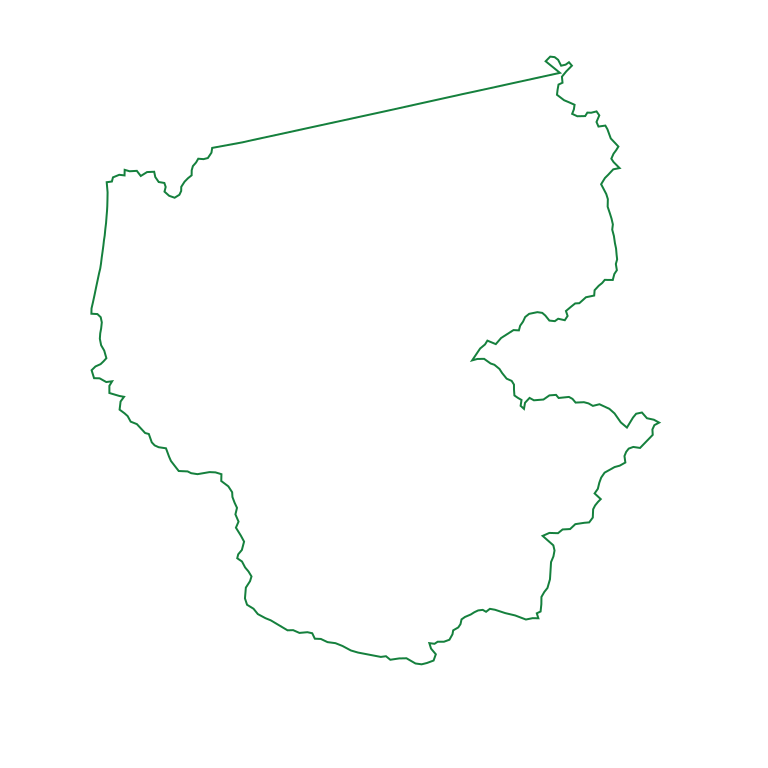 the district of Guaratuba, Paraná, Brazil, rotated 167°
{"feature_id": "56859067B52183991417177", "entity_name": "Guaratuba", "entity_type": "district", "adm_level": 2, "iso_a3": "BRA", "parent_name": "Brazil", "parent_adm1": "Paraná", "projection": "orthographic", "projection_center": [-48.788, -25.795], "detail": "fine", "context": "isolated", "style": "outline", "palette": "green", "viewbox_px": 768, "rotation_deg": 167, "n_neighbors": 0, "source": "geoboundaries", "source_scale": "gbopen_adm2", "svg_char_len": 4294}
<svg xmlns="http://www.w3.org/2000/svg" viewBox="0 0 768 768"><g transform="rotate(167 384 384)"><path d="M489.6,142.4L483.4,138.1L476.2,131.8L469.8,128.2L448.5,118.8L443.3,118.3L439.9,113.9L431.0,113.2L423.8,111.7L416.2,104.6L410.4,102.4L404.9,102.5L397.9,103.4L394.3,109.0L397.7,115.6L398.1,121.3L393.2,119.5L389.7,120.8L383.5,119.4L377.8,120.1L373.6,124.7L372.0,128.4L366.4,130.1L363.5,132.8L361.4,137.2L357.5,138.8L351.3,139.9L347.3,141.3L343.2,142.2L338.6,141.7L335.8,139.1L331.4,141.1L326.7,139.1L317.4,133.5L308.3,129.0L298.7,122.6L291.8,122.4L286.3,121.0L286.7,126.2L282.6,127.1L280.2,134.1L278.5,141.1L274.6,145.3L270.6,148.5L266.2,156.4L264.2,163.1L262.8,167.8L261.3,172.9L257.7,177.9L255.3,183.4L255.3,188.7L263.6,200.3L256.4,201.7L248.0,199.5L242.7,202.1L235.3,200.8L229.1,204.4L220.0,203.7L215.2,203.0L210.6,206.9L208.4,214.9L205.6,218.2L202.0,221.0L198.7,223.1L203.4,230.0L199.2,233.8L196.4,239.4L193.4,244.0L189.0,248.0L178.0,251.2L172.7,251.4L166.5,253.2L165.9,259.7L163.3,263.4L160.1,266.0L155.3,266.6L148.9,264.1L133.6,274.0L132.7,279.3L129.8,283.1L124.6,284.5L129.1,288.5L135.5,291.5L139.1,298.2L145.0,298.3L148.9,295.3L157.1,286.9L161.9,293.3L166.0,303.5L170.0,309.1L178.6,315.8L185.4,315.7L189.1,319.1L193.3,321.3L201.5,322.8L203.7,327.1L206.7,329.8L217.0,331.1L218.8,334.7L225.4,335.7L232.1,333.0L241.6,334.4L245.3,337.7L250.8,334.0L253.2,328.3L255.8,332.0L253.6,337.5L256.7,340.4L259.5,343.5L258.6,349.3L257.5,354.2L258.9,358.3L263.3,361.6L266.5,368.2L268.1,372.7L272.1,377.9L275.5,380.0L280.8,386.0L287.4,387.4L292.8,387.2L282.3,397.0L276.7,399.8L273.5,403.0L266.1,397.7L259.5,402.5L245.7,407.4L240.5,405.9L238.2,410.2L234.5,413.5L231.4,417.5L226.8,419.7L218.4,419.5L213.8,417.7L211.4,414.4L208.6,408.6L203.4,406.8L199.6,408.4L193.5,405.5L189.8,409.0L190.3,414.2L184.2,417.3L179.6,419.5L175.5,418.8L167.7,423.1L159.3,422.9L157.7,428.0L152.7,431.4L148.6,433.4L145.5,435.8L137.7,433.9L134.8,439.4L131.5,442.5L131.1,448.8L128.8,453.0L128.3,457.5L127.4,463.9L127.3,469.3L126.7,476.4L126.9,483.1L125.1,488.0L125.1,493.9L125.5,499.1L126.2,506.4L124.3,513.8L124.7,519.1L127.5,529.8L122.4,535.0L118.7,537.3L112.3,541.6L105.9,541.4L110.4,548.6L111.8,552.4L108.5,556.8L105.3,559.5L102.2,562.6L104.6,566.8L107.8,572.2L109.0,582.0L110.2,586.0L117.1,586.6L118.0,591.5L113.8,597.3L115.6,601.8L121.1,601.7L124.8,602.7L127.7,599.8L135.4,601.4L139.9,604.9L137.2,608.9L135.5,613.2L140.4,616.9L144.7,620.0L150.4,626.9L148.7,631.6L146.6,636.5L142.3,637.4L141.5,643.4L136.1,647.6L129.3,651.9L131.4,655.9L135.2,654.3L139.8,654.3L141.4,660.7L144.2,664.1L148.4,665.6L153.9,662.1L142.6,647.6L231.4,648.6L242.8,648.8L247.8,648.8L255.9,648.9L322.1,649.5L461.5,651.3L467.5,651.3L498.3,652.7L500.1,648.2L504.8,643.8L509.3,643.7L514.3,645.3L517.3,642.1L521.2,639.3L523.3,635.5L524.5,630.6L528.7,628.6L532.8,626.0L537.2,621.7L538.2,617.7L540.8,614.4L546.1,612.6L551.0,615.7L554.6,620.8L552.4,625.1L552.8,629.3L558.1,631.5L560.3,637.1L560.2,642.5L567.2,643.8L574.2,641.4L576.9,647.3L584.0,648.5L588.5,651.0L589.9,645.6L594.9,647.4L601.6,646.3L603.6,642.5L608.8,643.0L610.2,633.0L612.2,625.0L613.6,619.6L614.9,615.1L616.6,609.8L618.6,603.4L620.7,597.6L622.7,591.6L624.5,587.1L626.3,582.0L628.4,576.4L630.6,570.7L632.7,564.9L634.5,560.4L636.7,556.0L640.0,548.9L642.8,542.9L646.0,535.9L649.2,529.1L652.0,523.4L653.3,518.3L647.5,516.6L645.0,512.8L645.1,507.5L647.1,501.8L649.1,497.2L650.7,492.0L650.9,485.4L649.1,479.5L648.7,471.6L652.3,469.1L655.7,467.1L661.2,466.0L665.8,463.2L665.2,454.9L659.8,453.5L654.2,448.4L648.3,447.8L652.0,444.0L653.6,437.0L644.6,431.9L640.2,430.0L644.6,426.2L647.4,418.5L643.4,413.8L641.0,410.4L639.3,404.3L633.8,400.5L627.8,390.0L624.4,388.2L623.4,379.4L621.3,375.8L617.8,373.1L610.9,370.4L609.8,361.7L608.9,356.9L603.6,345.4L595.0,343.0L592.0,340.5L586.0,338.1L573.8,337.4L568.1,335.8L562.7,332.7L564.4,326.1L558.7,319.3L556.3,312.7L557.1,308.0L556.3,302.0L555.1,296.4L558.1,290.4L556.7,282.6L560.6,277.3L557.6,268.5L555.8,261.9L559.8,254.3L564.4,250.8L566.2,247.2L562.3,243.0L560.6,236.5L558.2,231.8L556.4,226.3L558.9,222.0L564.4,216.7L567.7,206.4L567.1,199.7L561.7,194.4L558.7,188.2L552.2,182.5L547.5,179.2L533.4,165.7L527.9,164.6L522.4,160.5L514.5,159.4L510.0,157.3L508.7,151.4L502.9,149.8L497.1,145.2L489.6,142.4Z" fill="none" stroke="#15803d" stroke-width="2"/></g></svg>